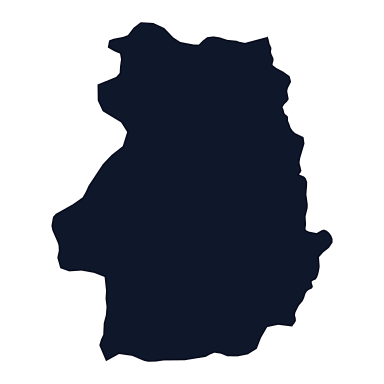 the Province of Van
{"feature_id": "TUR-3048", "entity_name": "Van", "entity_type": "Province", "adm_level": 1, "iso_a3": "TUR", "parent_name": "Turkey", "parent_adm1": "", "projection": "mercator", "projection_center": [43.807, 38.569], "detail": "fine", "context": "isolated", "style": "filled", "palette": "ink", "viewbox_px": 384, "rotation_deg": 0, "n_neighbors": 0, "source": "natural_earth", "source_scale": "10m", "svg_char_len": 2213}
<svg xmlns="http://www.w3.org/2000/svg" viewBox="0 0 384 384"><path d="M267.2,37.7L267.9,39.7L268.8,44.0L270.6,48.0L270.6,49.5L270.2,50.8L270.3,52.6L270.8,54.4L272.7,58.4L272.8,60.2L271.8,63.9L271.9,65.6L276.0,68.7L283.0,72.4L289.0,76.7L290.3,81.7L287.2,87.8L286.4,91.1L287.9,99.0L286.3,101.4L283.8,103.6L281.6,107.3L282.4,108.8L282.9,110.1L283.6,113.2L284.5,114.7L286.0,115.8L287.2,117.0L287.3,118.9L287.2,120.6L287.7,122.1L288.4,123.6L289.9,128.1L292.0,131.2L294.6,133.7L302.9,137.7L303.7,143.6L299.4,158.2L298.8,162.2L299.1,164.7L299.8,167.1L300.6,170.7L299.9,172.2L298.6,173.6L298.1,174.8L300.1,175.8L302.9,176.8L304.1,177.6L305.2,178.9L306.4,182.2L306.3,186.3L305.6,194.3L307.0,204.5L306.9,207.9L304.9,216.0L304.9,218.4L305.3,223.5L305.2,225.3L304.7,228.6L305.2,230.4L306.6,231.4L308.9,232.4L316.8,233.9L322.0,230.9L324.0,230.4L326.4,231.4L328.6,233.3L330.6,236.0L331.8,239.1L331.8,242.3L328.3,247.4L322.6,251.9L318.2,256.9L318.9,266.5L318.3,270.4L317.4,274.3L316.3,277.2L315.2,278.8L312.4,280.0L311.1,281.1L310.9,282.8L312.1,286.6L311.3,287.9L308.2,289.3L306.2,291.0L304.7,293.5L303.4,297.7L302.0,300.7L298.3,305.0L296.8,307.9L295.5,310.5L294.5,312.9L294.2,315.5L295.0,318.3L295.1,320.8L293.8,322.9L292.1,325.0L291.9,325.7L278.1,324.0L266.7,326.4L260.3,337.5L256.2,348.2L247.6,353.6L237.6,355.6L227.4,355.5L221.0,352.9L214.4,351.9L209.9,353.7L205.5,356.1L184.6,359.5L163.5,359.7L155.9,360.8L148.3,361.0L144.2,360.1L132.4,355.1L118.9,353.2L106.4,360.1L100.1,345.2L101.7,339.7L104.0,334.9L104.5,323.3L106.6,315.2L107.3,306.8L106.3,298.7L106.8,290.6L105.3,276.4L94.2,272.1L81.5,269.8L69.3,270.6L60.9,267.6L58.1,257.6L59.6,250.6L59.3,245.4L58.6,242.8L53.1,230.2L52.2,225.8L53.7,217.3L56.3,214.4L73.1,205.0L83.2,197.9L86.4,192.3L89.2,186.1L103.5,164.5L112.2,155.4L123.4,146.6L128.0,131.9L121.6,121.8L103.3,110.7L98.5,100.4L98.3,85.0L116.6,77.6L120.4,73.3L120.8,66.4L121.8,59.3L120.7,53.1L114.5,50.5L108.6,47.1L109.8,41.0L113.7,39.5L123.1,37.7L128.3,35.8L134.2,28.2L141.0,23.0L153.1,23.7L163.9,28.7L172.9,38.1L180.0,42.7L193.6,45.3L199.1,45.4L203.1,41.3L207.5,37.9L213.5,37.2L219.5,38.1L227.1,40.6L236.4,41.5L239.0,42.5L245.0,43.7L267.1,37.8L267.2,37.7Z" fill="#0f172a" stroke="#020617" stroke-width="1.5"/></svg>